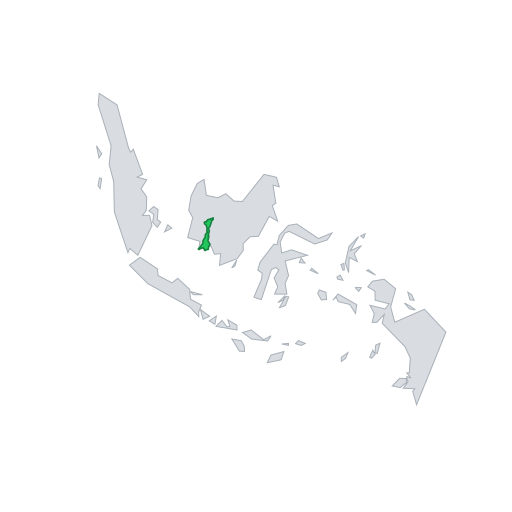 Seruyan, Kalimantan Tengah, Indonesia (highlighted), rotated 21°
{"feature_id": "22746128B10156150641021", "entity_name": "Seruyan", "entity_type": "district", "adm_level": 2, "iso_a3": "IDN", "parent_name": "Indonesia", "parent_adm1": "Kalimantan Tengah", "projection": "equal_earth", "projection_center": [112.304, -2.121], "detail": "fine", "context": "in_parent", "style": "filled", "palette": "green", "viewbox_px": 512, "rotation_deg": 21, "n_neighbors": 0, "source": "geoboundaries", "source_scale": "gbopen_adm2", "svg_char_len": 6695}
<svg xmlns="http://www.w3.org/2000/svg" viewBox="0 0 512 512"><g transform="rotate(21 256 256)"><path d="M180.0,203.1L187.9,217.1L199.5,215.3L205.5,208.7L215.8,212.6L223.8,210.0L234.2,176.9L246.9,175.2L252.9,183.0L246.5,183.8L255.6,199.6L253.1,203.1L263.8,215.7L254.2,214.3L251.1,236.8L243.7,240.1L239.5,249.0L242.1,255.3L239.4,265.2L225.3,277.8L222.2,266.5L216.5,269.2L210.5,262.9L200.0,270.4L198.5,262.4L185.6,263.3L183.2,242.9L176.7,237.3L173.9,223.2L175.1,209.5L180.0,203.1ZM51.4,160.4L72.1,164.7L98.5,201.1L101.8,204.0L103.2,200.3L120.9,220.5L116.6,224.9L126.7,224.0L124.6,234.5L132.8,240.0L137.2,252.8L135.5,258.8L142.1,256.2L148.0,265.0L145.4,297.7L135.5,294.1L135.2,298.7L108.0,265.7L96.5,237.5L86.2,223.3L81.2,205.0L54.4,171.3L51.4,160.4ZM460.6,259.0L459.2,337.3L450.8,326.2L451.9,323.0L440.9,326.7L442.9,318.9L439.9,314.9L441.0,314.3L442.7,314.6L443.8,314.2L438.7,311.1L441.0,310.2L436.6,295.9L427.3,287.1L397.9,273.6L396.7,264.4L392.7,274.5L388.3,276.4L387.0,267.3L380.0,261.2L395.5,259.2L397.5,252.9L383.1,254.6L379.7,246.3L371.4,244.7L373.7,237.8L383.9,231.8L398.1,236.5L400.0,255.4L409.3,268.1L432.3,245.4L460.6,259.0ZM316.7,215.5L306.5,223.8L278.1,221.1L274.6,224.3L273.5,234.2L278.9,244.0L287.0,237.5L303.7,236.9L285.0,250.2L293.4,262.6L293.0,271.2L298.5,280.5L287.0,284.9L287.3,276.9L280.8,270.0L282.3,260.7L278.7,259.7L275.2,263.1L276.6,294.9L268.8,295.2L269.5,276.2L268.1,269.9L262.7,268.5L262.0,260.3L268.5,238.5L271.5,237.9L270.4,228.6L275.3,215.8L282.6,211.5L308.1,217.3L318.7,207.2L316.7,215.5ZM148.3,298.8L168.5,303.3L171.6,309.3L187.2,311.2L190.9,304.9L206.1,311.0L210.3,319.8L222.7,321.4L222.5,328.7L224.3,333.1L212.4,327.3L164.9,320.6L141.1,309.9L148.3,298.8ZM342.2,217.3L350.7,208.5L346.9,218.7L352.6,224.9L343.5,223.9L348.4,238.3L341.8,230.4L339.4,213.8L344.8,201.0L342.2,217.3ZM346.2,262.1L367.5,265.3L369.5,274.0L360.9,267.6L349.1,269.1L345.6,265.6L343.6,269.7L346.2,262.1ZM297.3,331.2L281.7,335.1L270.8,332.3L278.0,326.8L293.2,331.4L298.6,325.1L297.3,331.2ZM252.6,325.7L263.0,327.5L264.8,331.9L243.9,336.0L247.3,328.3L254.4,332.6L256.8,331.0L252.6,325.7ZM316.3,335.2L316.6,343.9L304.8,351.6L305.4,343.2L316.3,335.2ZM147.9,247.7L150.8,257.3L154.9,258.6L153.5,264.6L147.5,261.6L145.6,253.8L139.8,252.2L142.7,246.5L147.9,247.7ZM437.7,327.2L429.8,328.5L433.9,318.7L440.1,316.6L441.9,320.2L437.7,327.2ZM272.6,340.4L277.4,344.5L279.5,349.2L274.6,350.8L263.2,342.1L272.6,340.4ZM334.3,264.8L337.5,271.3L332.7,273.6L327.0,268.8L327.3,265.0L334.3,264.8ZM223.3,325.9L234.3,328.8L229.3,334.1L223.3,325.9ZM240.5,326.3L242.1,334.5L235.6,333.3L240.5,326.3ZM167.4,260.1L162.0,266.2L162.5,258.5L167.4,260.1ZM403.0,293.0L404.1,303.4L401.7,303.9L399.7,296.3L403.0,293.0ZM219.8,311.4L211.3,314.6L207.7,312.7L219.8,311.4ZM301.2,282.4L301.2,291.8L296.4,295.8L298.3,283.2L301.2,282.4ZM67.6,210.3L75.3,215.8L74.3,220.7L67.6,210.3ZM86.3,249.0L83.3,246.9L81.9,239.2L84.2,239.0L86.3,249.0ZM373.5,323.9L371.9,320.1L376.5,313.2L376.3,319.4L373.5,323.9ZM365.7,228.4L374.5,231.0L364.6,230.0L365.7,228.4ZM312.4,247.5L320.5,250.2L311.7,249.9L312.4,247.5ZM297.5,287.0L293.2,291.7L297.0,283.2L297.5,287.0ZM410.7,235.4L415.2,236.3L419.5,240.7L415.4,241.7L410.7,235.4ZM333.3,319.9L330.3,323.3L324.3,323.7L325.9,319.8L333.3,319.9ZM402.5,305.2L400.5,310.0L398.4,309.9L398.8,302.1L402.5,305.2ZM345.9,247.5L340.6,248.4L339.1,246.7L341.4,243.6L345.9,247.5ZM411.5,246.7L418.0,247.5L424.1,249.2L418.2,250.4L411.5,246.7ZM298.9,241.8L304.3,245.0L298.8,246.7L298.9,241.8ZM350.1,200.7L346.5,199.8L349.9,196.2L350.1,200.7ZM311.6,328.9L317.6,326.0L318.3,327.8L311.6,328.9ZM365.6,247.9L364.6,252.2L360.1,250.0L362.4,248.7L365.6,247.9ZM239.9,272.9L237.6,275.8L239.5,266.7L239.9,272.9ZM340.7,231.4L343.5,237.3L342.4,238.2L338.3,233.6L340.7,231.4Z" fill="#d9dde1" stroke="#a8b0b8" stroke-width="1"/><path d="M202.6,236.3L202.4,236.2L202.2,236.0L202.2,235.9L202.0,236.0L201.9,236.2L201.9,236.3L201.7,236.5L201.7,236.8L201.5,237.0L201.4,237.0L201.2,237.2L200.9,237.1L200.7,237.1L200.6,237.4L200.5,237.5L200.4,237.7L200.2,237.7L200.2,237.8L200.2,238.0L199.9,238.2L199.9,238.3L199.7,238.5L199.4,238.5L199.2,238.5L198.9,238.6L198.9,238.8L198.7,238.8L198.6,239.0L198.4,239.1L198.2,239.2L198.0,239.3L197.9,239.4L197.9,239.5L197.8,239.9L197.8,240.0L197.9,240.4L197.7,240.5L197.4,240.8L197.4,241.1L197.3,241.3L197.3,241.6L197.4,241.8L197.3,242.0L197.2,242.1L196.9,242.3L196.8,242.2L196.7,242.1L196.4,242.2L196.3,242.3L196.2,242.4L196.2,242.5L195.9,242.8L195.7,243.0L195.8,243.3L195.8,243.5L196.3,244.3L196.5,244.5L196.9,244.6L197.4,244.6L197.7,244.6L197.9,244.7L198.1,244.9L198.4,245.3L198.9,245.6L199.2,246.1L199.3,246.3L199.5,246.5L199.8,246.8L200.0,246.9L200.0,247.0L200.2,247.3L200.2,247.5L200.3,248.0L200.8,248.4L200.9,248.6L200.9,248.8L200.9,249.0L200.8,249.3L200.8,249.5L200.9,249.8L201.0,249.9L201.0,250.0L201.2,250.4L201.5,250.9L201.8,251.0L202.1,251.7L202.0,252.0L201.8,252.0L201.7,252.3L201.4,252.8L201.3,253.2L201.3,253.3L201.3,253.5L201.2,253.6L201.2,253.8L201.2,254.0L201.1,254.3L201.1,254.5L201.1,254.9L201.2,255.1L201.3,255.2L201.5,255.3L201.6,255.9L201.6,256.1L201.8,256.6L201.8,256.9L201.6,257.4L201.4,258.0L201.3,258.7L201.3,259.1L201.2,259.6L201.1,260.0L201.0,260.5L201.1,261.1L201.2,261.4L201.5,261.9L201.7,262.4L201.7,262.9L201.7,263.8L201.2,265.3L201.0,266.3L200.7,267.5L200.3,268.3L200.2,268.6L199.6,270.1L199.8,270.2L200.0,270.2L200.3,270.3L200.3,270.2L200.5,270.2L200.7,269.9L200.9,269.7L201.2,269.3L201.4,269.1L201.6,268.9L202.0,268.6L202.2,268.4L202.4,268.2L202.5,268.2L202.7,267.9L202.9,267.8L203.1,267.7L203.5,267.5L203.8,267.5L204.0,267.4L204.2,267.5L204.3,267.5L204.5,267.6L204.7,267.8L204.8,267.8L205.0,268.0L205.2,268.3L205.3,268.4L205.3,268.5L205.5,268.6L205.7,268.8L205.8,268.9L206.0,269.0L206.3,269.1L206.3,268.9L206.5,268.8L206.7,268.7L206.8,268.7L207.0,268.6L207.1,268.4L207.2,268.2L207.3,268.2L207.6,267.9L207.8,267.8L208.3,267.4L208.5,267.3L208.7,267.2L208.9,267.0L209.0,267.0L209.1,266.9L208.8,265.7L208.7,265.4L208.5,264.2L208.6,263.9L208.8,262.9L209.0,261.7L208.3,261.1L207.8,260.7L207.4,260.3L206.7,259.9L206.4,259.6L205.8,259.1L205.6,258.7L205.5,258.3L205.5,257.7L205.4,256.5L205.3,256.4L205.1,256.4L205.2,255.9L205.1,255.6L204.9,255.6L204.9,254.9L204.6,254.9L204.6,254.0L204.4,254.0L204.4,253.9L204.2,253.8L204.2,253.7L203.8,252.8L203.8,251.6L203.8,251.3L203.7,250.6L203.7,250.4L203.6,250.2L203.5,249.9L203.5,249.6L203.4,249.6L203.4,249.4L203.2,249.2L203.0,248.9L203.0,248.7L202.5,248.0L202.1,247.3L201.9,246.8L201.9,246.5L202.0,246.1L202.3,245.6L202.4,245.0L202.4,244.9L202.4,244.5L202.4,244.0L202.4,243.4L202.3,241.6L202.1,239.5L202.3,238.7L202.8,237.5L202.9,237.1L202.9,236.9L202.8,236.6L202.6,236.3L202.6,236.3Z" fill="#22c55e" stroke="#15803d" stroke-width="1.5"/></g></svg>